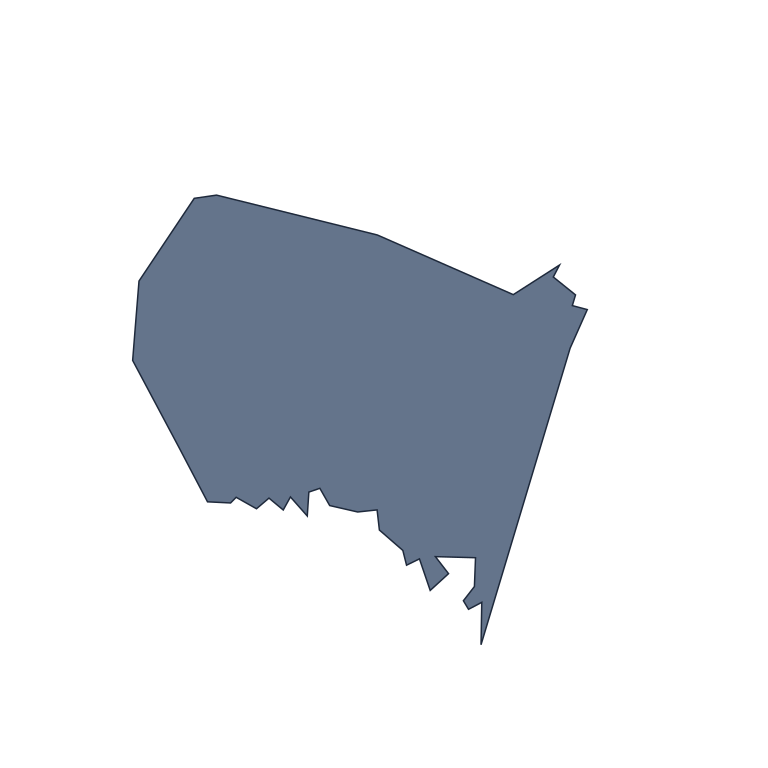 Caldwell, Kentucky, United States of America (Robinson projection), rotated 141°
{"feature_id": "52423323B23836541816495", "entity_name": "Caldwell", "entity_type": "district", "adm_level": 2, "iso_a3": "USA", "parent_name": "United States of America", "parent_adm1": "Kentucky", "projection": "robinson", "projection_center": [-87.834, 37.165], "detail": "fine", "context": "isolated", "style": "filled", "palette": "slate", "viewbox_px": 768, "rotation_deg": 141, "n_neighbors": 0, "source": "geoboundaries", "source_scale": "gbopen_adm2", "svg_char_len": 663}
<svg xmlns="http://www.w3.org/2000/svg" viewBox="0 0 768 768"><g transform="rotate(141 384 384)"><path d="M472.7,120.3L216.8,294.7L179.2,313.9L188.3,326.4L179.1,332.7L185.1,360.6L172.7,366.0L227.3,372.1L295.4,504.0L395.3,636.2L414.6,647.7L509.6,618.2L541.7,584.5L564.5,560.5L583.2,464.0L595.3,403.5L578.1,388.1L570.2,389.0L561.6,367.3L545.2,367.7L541.6,349.5L527.8,355.1L526.7,329.7L510.4,347.3L499.5,343.3L502.7,323.7L485.0,301.1L468.6,290.5L479.5,273.4L474.1,242.8L480.5,229.0L466.5,225.8L478.0,194.5L453.2,196.0L452.7,217.5L422.2,191.4L441.2,169.7L458.7,165.6L460.1,155.7L445.4,152.8L472.7,120.3Z" fill="#64748b" stroke="#1e293b" stroke-width="1.5"/></g></svg>